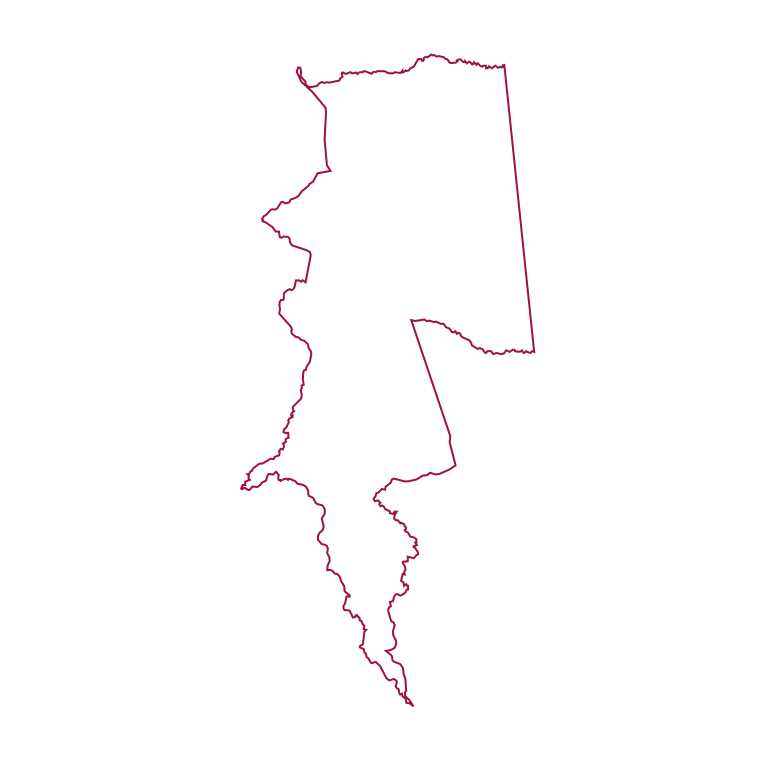 Tangará da Serra, Mato Grosso, Brazil, rotated 84°
{"feature_id": "56859067B801733542201", "entity_name": "Tangará da Serra", "entity_type": "district", "adm_level": 2, "iso_a3": "BRA", "parent_name": "Brazil", "parent_adm1": "Mato Grosso", "projection": "mercator", "projection_center": [-58.025, -14.492], "detail": "fine", "context": "isolated", "style": "outline", "palette": "rose", "viewbox_px": 768, "rotation_deg": 84, "n_neighbors": 0, "source": "geoboundaries", "source_scale": "gbopen_adm2", "svg_char_len": 6065}
<svg xmlns="http://www.w3.org/2000/svg" viewBox="0 0 768 768"><g transform="rotate(84 384 384)"><path d="M427.5,484.6L427.9,486.6L429.4,487.9L431.3,487.6L432.7,490.7L434.7,489.8L436.3,490.3L438.6,491.4L437.7,493.6L440.2,495.5L441.3,494.9L444.0,495.7L445.0,500.2L447.1,501.6L446.5,504.7L450.4,513.1L450.3,516.5L454.5,523.3L456.6,524.4L457.1,526.0L459.6,527.8L459.5,529.2L461.2,528.0L463.8,528.6L465.3,527.5L466.7,532.3L469.9,532.5L469.6,535.1L473.1,537.0L473.9,536.0L472.6,534.2L472.8,533.3L475.3,529.9L475.1,528.5L472.2,525.6L473.2,520.8L471.1,517.1L469.3,515.7L467.8,511.6L462.0,508.9L461.5,507.5L462.5,503.8L460.0,500.5L463.3,498.2L466.8,499.1L468.5,498.6L468.6,497.2L469.5,496.9L468.1,493.2L467.9,490.7L469.4,489.5L468.4,488.7L468.8,487.0L471.5,482.3L474.3,480.3L475.9,474.9L477.9,472.4L482.1,470.5L485.5,470.9L487.6,470.1L489.9,466.4L495.0,464.4L496.7,462.4L498.1,458.3L499.3,457.3L502.0,456.1L504.9,456.2L506.9,456.6L511.4,460.0L519.5,458.8L522.8,460.2L525.4,463.8L528.3,465.6L531.8,466.0L536.7,462.7L537.8,459.3L539.2,457.8L541.7,457.0L546.2,458.2L550.6,456.5L554.4,456.5L558.5,459.0L563.2,459.9L563.2,457.2L564.3,454.9L567.4,452.8L568.0,450.4L570.8,448.3L576.4,446.9L581.2,444.6L586.0,444.9L590.4,440.4L591.7,440.3L591.4,443.4L598.2,445.7L601.0,447.7L603.5,447.6L604.7,446.9L605.7,441.9L612.9,439.4L612.9,437.3L611.1,436.2L611.1,434.9L612.4,434.7L613.8,432.8L616.4,432.9L617.4,431.2L620.6,430.4L622.1,429.0L625.7,429.8L626.6,427.4L628.4,429.4L640.4,432.1L642.2,435.3L643.4,435.6L645.7,431.8L648.9,431.6L650.5,430.2L653.8,429.8L655.5,428.1L659.7,426.3L660.4,425.4L659.5,421.4L664.3,417.2L676.6,412.5L679.3,409.8L678.4,404.9L680.1,403.0L681.2,402.3L686.2,403.9L688.2,402.9L688.7,401.5L693.4,401.0L694.5,400.4L693.9,398.5L696.4,398.2L699.4,395.3L703.4,395.1L704.2,391.9L707.7,388.4L701.0,391.8L696.4,395.7L692.9,395.3L691.5,394.0L678.9,393.6L675.3,394.7L668.5,394.8L664.3,397.1L661.2,403.2L659.3,404.5L655.9,404.5L653.9,405.6L649.7,410.0L649.3,405.3L647.5,401.0L643.5,399.0L640.7,398.8L634.7,401.1L630.7,400.9L624.8,398.5L622.2,399.5L620.5,401.7L611.2,403.4L608.6,403.4L606.3,401.9L605.7,400.3L601.4,401.0L600.9,397.7L596.8,396.3L594.5,394.5L594.4,392.4L596.2,390.0L595.9,388.9L594.1,385.0L591.0,382.8L590.9,381.6L587.2,381.2L587.1,382.1L585.4,382.8L586.9,385.3L583.5,385.3L581.3,387.6L574.9,385.2L575.6,383.3L573.5,383.8L570.7,381.9L567.2,382.4L563.9,384.1L562.7,383.6L562.8,378.9L558.2,378.4L560.4,372.6L557.5,369.6L556.9,367.9L554.8,367.9L549.7,370.5L549.2,371.6L548.3,371.3L547.6,368.0L544.9,369.5L544.7,368.4L541.8,368.0L539.8,370.1L538.5,373.8L534.3,375.7L532.7,378.1L531.4,378.7L530.8,377.6L529.3,377.0L527.5,378.4L525.6,378.5L523.7,381.5L524.3,382.3L521.0,384.4L520.7,386.5L519.0,388.0L515.2,387.1L512.3,384.7L512.0,386.9L514.2,388.1L513.1,391.6L511.2,391.5L508.7,395.8L505.6,397.2L504.7,398.3L505.2,400.3L503.1,401.2L501.7,400.0L499.1,402.2L499.6,405.4L497.2,406.4L494.7,404.1L491.7,403.0L491.3,400.7L488.2,397.2L489.2,394.0L486.4,393.2L482.9,387.7L479.8,386.1L479.1,384.1L483.1,373.3L483.3,369.5L482.3,361.6L479.1,354.9L479.2,350.6L477.1,347.5L479.4,342.0L479.2,338.2L476.0,328.2L472.4,321.3L448.9,324.8L442.9,323.5L323.3,350.2L324.6,346.2L324.1,337.1L326.0,334.8L325.7,332.4L327.8,327.3L327.3,326.0L330.1,321.2L330.3,318.5L333.9,316.5L335.8,313.0L339.3,311.1L340.0,309.3L339.0,307.4L341.7,306.2L340.9,304.5L341.8,302.9L344.0,302.6L345.5,301.4L349.5,294.6L352.5,292.8L354.7,292.6L359.0,287.1L358.2,285.1L359.6,282.5L363.7,280.1L363.7,279.1L362.1,277.7L362.5,274.1L365.7,272.3L364.9,268.9L366.5,264.4L366.1,261.5L363.3,258.9L365.2,255.7L363.3,252.3L363.7,250.5L365.1,250.3L366.0,247.0L365.8,244.1L365.0,243.3L367.7,242.0L367.4,240.4L366.3,239.7L368.4,235.4L366.8,232.9L367.8,231.3L79.3,231.0L79.5,232.5L81.2,232.8L81.4,233.9L80.7,234.9L81.4,237.5L79.1,240.1L81.3,243.7L79.9,245.3L80.1,246.2L79.1,246.5L80.8,248.2L80.7,249.5L78.1,249.4L77.8,251.8L78.7,253.2L77.6,255.1L74.8,257.3L75.0,258.3L76.1,258.7L73.4,261.0L75.1,261.8L75.5,262.9L72.8,264.7L72.4,265.9L73.8,268.2L71.2,269.8L72.2,270.4L72.1,271.6L69.3,273.7L69.0,276.0L69.9,277.8L70.7,277.3L71.9,279.0L71.8,283.7L71.2,285.2L67.8,286.9L67.0,289.0L65.2,290.5L63.6,295.4L63.9,297.4L62.1,299.6L62.4,301.0L61.3,302.6L63.4,306.0L63.2,309.0L64.2,310.5L65.7,310.5L66.8,311.5L66.5,312.6L64.7,313.0L64.5,316.1L71.4,321.1L72.8,324.9L74.7,326.4L75.1,328.9L74.4,329.9L76.2,332.3L75.9,333.3L74.5,333.1L76.4,335.0L75.1,340.5L76.0,342.9L75.3,347.3L73.1,350.4L72.2,357.9L72.9,359.2L72.4,361.7L74.2,363.9L70.8,370.4L70.8,371.7L71.7,372.3L71.4,375.7L72.9,378.1L71.4,379.1L71.8,383.1L70.3,384.9L71.7,389.3L69.8,392.6L70.6,393.5L74.2,393.2L75.3,395.4L77.5,396.7L78.6,406.8L77.9,409.4L78.3,412.1L77.2,414.3L78.2,416.9L80.5,419.2L81.2,426.4L80.4,428.4L77.8,430.7L75.0,430.5L69.2,434.9L65.5,433.8L60.7,434.1L60.3,436.5L64.4,438.1L74.8,434.6L86.0,424.7L103.3,413.2L108.8,413.4L134.7,417.5L160.5,417.9L166.5,414.9L167.5,428.0L175.3,433.4L177.3,437.2L178.8,438.1L183.9,445.8L187.8,449.1L189.7,452.7L190.7,457.4L193.3,459.2L194.1,461.8L194.0,463.3L192.1,466.0L192.5,467.3L198.2,471.8L199.2,474.0L198.5,477.1L198.9,478.4L203.2,483.1L204.7,486.1L207.2,488.1L208.4,487.2L209.5,487.8L210.4,485.5L216.2,478.6L221.0,475.8L221.5,472.5L227.0,472.3L227.8,470.6L226.8,468.6L227.7,464.1L229.7,462.7L233.2,462.7L236.5,461.1L242.8,447.1L245.0,443.9L248.4,443.4L274.7,451.4L272.3,454.2L273.6,455.7L272.1,457.6L271.8,460.8L277.5,462.5L280.0,464.1L281.1,466.2L279.9,468.0L280.1,469.1L281.9,472.5L283.7,474.1L288.9,474.8L289.8,475.5L289.7,477.7L291.6,479.1L294.6,479.8L298.9,479.6L303.0,480.9L317.3,470.6L320.4,469.8L321.4,470.6L324.0,470.5L327.8,467.0L328.8,463.9L331.4,461.9L332.5,459.0L336.0,455.8L341.3,454.9L343.2,453.4L346.8,453.2L354.2,455.4L358.6,459.1L362.0,460.4L361.9,461.8L363.7,463.0L370.5,464.2L376.4,463.9L376.9,466.2L379.3,466.0L381.4,467.4L386.1,466.9L389.7,467.8L397.3,477.1L399.1,477.3L401.7,476.3L401.9,477.4L404.6,479.6L405.8,479.5L405.7,478.1L407.4,478.5L408.5,481.9L410.1,483.0L412.0,482.6L416.9,485.7L418.9,488.4L421.5,488.9L422.5,486.7L422.5,484.4L427.5,484.6Z" fill="none" stroke="#9f1239" stroke-width="2"/></g></svg>